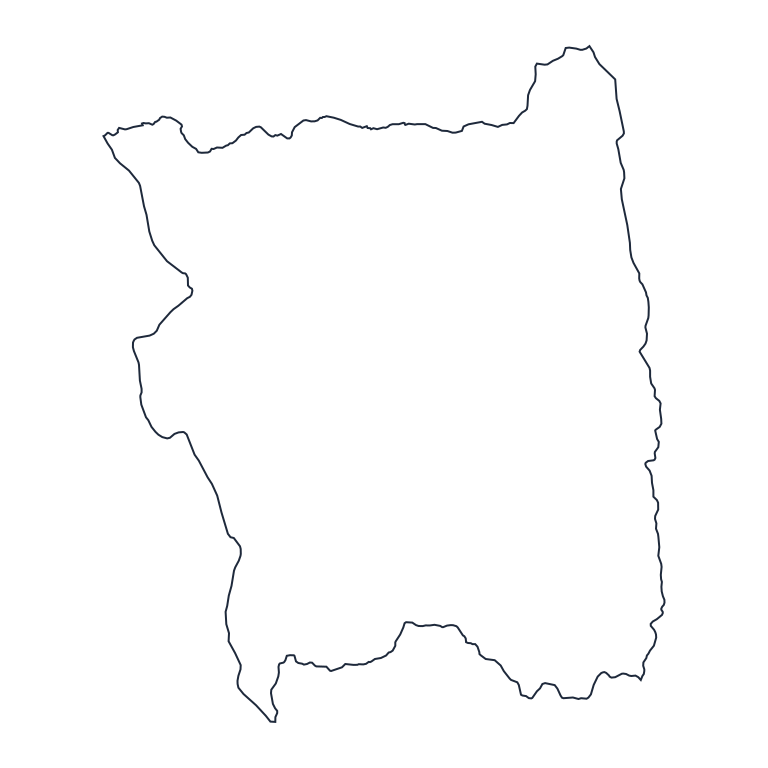 the district of Liborina, Antioquia, Colombia
{"feature_id": "7082276B40306940233950", "entity_name": "Liborina", "entity_type": "district", "adm_level": 2, "iso_a3": "COL", "parent_name": "Colombia", "parent_adm1": "Antioquia", "projection": "natural_earth1", "projection_center": [-75.777, 6.724], "detail": "fine", "context": "isolated", "style": "outline", "palette": "slate", "viewbox_px": 768, "rotation_deg": 0, "n_neighbors": 0, "source": "geoboundaries", "source_scale": "gbopen_adm2", "svg_char_len": 6091}
<svg xmlns="http://www.w3.org/2000/svg" viewBox="0 0 768 768"><path d="M238.8,560.7L235.2,567.4L234.0,570.7L231.5,585.9L228.8,595.6L227.2,605.9L225.6,611.8L226.3,624.2L229.0,633.2L228.6,641.3L235.1,653.1L240.7,665.1L240.5,669.4L238.4,675.8L237.5,680.8L237.6,684.0L238.4,687.7L243.5,694.0L256.1,705.3L265.9,715.9L270.4,721.6L275.3,721.9L275.4,717.1L277.2,713.1L277.2,711.7L277.2,710.9L275.1,708.3L272.9,703.9L271.0,693.2L271.3,689.7L275.8,683.5L278.3,676.4L278.9,672.5L278.5,666.9L279.1,664.4L279.8,663.5L283.5,662.6L284.3,661.9L285.4,660.2L286.8,655.8L290.0,655.2L293.9,655.3L294.5,655.9L296.0,661.4L298.3,663.0L302.2,663.7L303.9,664.6L307.0,664.0L309.9,662.5L312.1,662.7L314.9,665.6L316.3,666.4L326.4,666.7L330.0,670.7L331.1,671.0L342.0,667.3L345.3,664.0L353.6,664.9L357.4,664.8L358.7,664.2L363.3,664.4L366.1,663.8L368.7,661.9L370.0,662.1L371.4,661.5L374.9,659.0L380.9,658.0L386.1,655.5L388.7,652.5L390.5,652.1L392.7,650.6L395.3,645.8L395.3,642.3L395.8,641.2L400.2,634.5L403.3,627.5L404.6,623.2L406.1,622.2L412.3,622.6L416.0,625.1L418.6,626.0L422.7,626.1L425.6,625.4L429.6,625.5L434.5,624.8L440.2,625.9L442.1,627.1L443.3,627.1L447.0,625.6L450.8,625.1L453.1,625.2L456.4,626.2L457.7,627.4L462.9,635.4L464.3,636.2L465.7,638.4L466.1,642.2L468.0,643.0L470.8,643.2L472.4,644.1L475.2,644.1L477.5,646.7L479.3,652.0L479.5,654.1L480.9,655.4L485.7,659.0L494.7,660.2L500.7,665.5L503.8,671.1L509.6,678.5L511.0,679.9L517.3,682.3L518.8,685.0L521.0,694.7L522.4,695.5L526.1,696.1L528.8,698.1L531.3,698.4L532.3,697.9L536.9,691.3L540.0,688.4L542.4,684.0L545.1,683.1L554.7,685.1L557.4,688.6L560.6,695.6L562.0,697.7L563.5,698.2L572.9,697.5L578.5,699.0L581.1,698.2L586.6,698.7L588.4,697.6L590.9,694.4L593.7,684.9L597.7,676.6L601.3,673.0L603.1,672.3L604.4,672.1L606.2,672.9L609.0,675.5L609.6,676.6L611.4,677.6L615.2,677.2L621.9,673.7L623.4,673.6L626.1,674.0L629.2,675.6L631.3,676.0L635.5,675.6L638.3,677.2L640.8,680.0L642.4,676.0L643.8,674.0L644.3,671.0L644.3,669.3L643.2,665.8L643.4,662.4L646.3,658.1L646.9,655.5L648.4,653.7L650.0,650.6L653.9,645.7L656.2,637.6L656.0,634.5L655.3,632.2L654.1,629.8L650.8,625.9L650.7,623.9L652.8,621.5L656.8,619.2L662.0,614.9L662.8,613.0L662.7,611.8L661.3,609.7L661.3,608.6L662.2,606.7L663.8,604.9L664.5,602.6L664.4,599.8L662.9,596.2L661.7,591.4L661.4,586.8L661.9,581.9L661.1,579.2L660.8,574.9L661.6,566.9L661.2,563.8L658.3,555.8L659.3,547.2L658.4,537.0L658.0,533.9L656.0,528.7L656.4,523.4L655.0,518.9L655.2,516.0L658.2,509.6L658.1,502.7L656.9,500.1L653.4,496.7L653.4,490.2L652.0,482.9L651.6,475.8L649.6,470.6L646.1,466.6L645.3,464.0L645.7,462.8L648.1,461.0L653.6,460.3L654.6,459.7L655.4,458.0L654.7,453.4L654.9,451.9L658.3,447.2L658.8,441.9L657.1,439.0L655.2,430.6L655.6,429.8L659.7,426.9L661.4,423.7L661.2,419.0L659.9,409.7L660.6,403.4L659.3,400.9L655.9,398.2L654.6,396.2L655.0,389.9L654.5,388.3L651.2,383.5L650.1,376.8L650.1,370.6L649.5,367.9L639.6,351.7L640.2,349.9L643.4,346.6L645.5,343.6L646.6,340.4L647.0,333.7L645.4,327.5L645.5,325.9L648.3,318.0L648.6,315.4L648.8,307.4L648.4,301.9L647.8,297.9L646.5,295.4L646.0,292.4L642.4,284.3L640.3,282.1L639.6,280.7L639.2,278.5L639.3,273.4L633.5,262.9L631.4,257.4L630.2,250.0L629.9,242.9L627.3,225.1L621.8,199.2L620.9,189.0L624.4,178.3L624.1,172.3L623.7,169.9L620.7,162.8L618.3,149.1L616.7,143.5L616.7,141.5L617.1,140.3L622.6,135.7L623.9,133.4L623.8,131.3L619.6,111.1L616.6,98.9L615.2,79.4L599.4,64.1L595.0,57.0L593.5,52.3L589.4,46.1L586.4,48.5L582.3,49.8L580.3,49.8L576.3,48.6L569.2,47.6L565.7,48.0L563.3,55.1L562.3,56.1L558.0,58.7L552.9,60.8L547.5,64.4L544.6,64.7L536.9,63.6L535.3,66.6L535.7,74.3L535.1,81.2L530.0,89.9L528.1,95.2L527.5,105.8L526.9,109.1L525.2,110.7L522.1,112.5L519.1,115.7L513.6,123.1L509.9,123.0L507.0,124.4L502.2,124.9L497.9,126.9L491.5,125.0L484.6,123.7L482.0,121.8L468.5,124.3L463.6,126.5L461.9,130.9L455.7,132.6L452.5,132.7L447.4,131.0L441.9,130.7L435.9,128.0L433.0,127.9L425.3,124.1L417.3,124.1L414.8,124.5L408.7,123.7L405.5,124.9L404.9,124.6L404.6,123.1L403.3,122.8L398.8,124.2L392.6,124.2L389.9,125.0L387.7,126.9L385.7,127.8L383.2,127.5L377.1,129.2L373.4,128.2L371.0,129.3L370.2,128.2L367.6,128.0L366.8,126.2L362.2,127.9L360.2,126.5L358.0,126.5L349.7,124.0L340.8,119.9L333.8,117.7L326.4,116.2L324.6,117.0L322.9,117.0L321.8,118.0L320.2,117.8L317.6,120.4L314.7,121.3L311.1,121.4L306.0,120.1L303.4,120.5L294.7,127.1L292.0,132.3L291.8,135.5L290.6,137.5L289.5,138.4L287.2,138.4L281.0,134.0L277.4,135.6L275.3,135.1L273.5,136.5L271.6,136.4L268.4,134.6L260.9,127.3L259.3,126.6L256.1,126.9L253.2,128.3L248.8,132.5L246.5,133.0L244.6,134.7L241.1,135.0L238.3,137.5L235.9,140.6L232.4,143.2L229.8,143.4L227.9,145.2L226.2,145.6L222.5,147.8L217.0,147.5L213.6,149.0L211.6,148.8L210.0,151.5L207.9,152.5L201.7,152.8L198.3,152.3L196.1,148.9L192.3,146.8L188.1,142.8L185.2,139.1L183.8,135.3L181.6,133.1L181.1,131.9L180.6,128.8L182.0,126.4L181.5,124.6L176.2,120.6L170.4,117.5L166.8,117.7L164.5,116.8L162.2,116.6L160.0,118.1L159.2,119.7L156.4,121.7L155.2,121.9L153.5,124.1L152.3,124.7L148.9,123.2L145.8,123.4L143.5,123.0L142.0,123.5L142.7,125.3L133.3,127.0L126.6,129.2L125.0,129.4L119.1,127.9L117.7,130.0L117.9,132.3L115.0,134.5L113.4,135.3L112.3,135.2L108.6,132.9L107.5,132.9L105.0,135.4L103.5,136.1L107.6,143.5L111.9,149.7L114.9,157.9L120.0,163.3L129.0,170.6L138.9,182.9L140.1,185.9L144.0,206.2L146.5,214.8L149.3,231.5L152.2,240.7L154.3,245.3L167.0,261.2L181.7,272.5L183.0,273.2L185.1,273.4L186.1,274.2L187.8,277.7L188.0,285.5L189.8,287.5L191.9,288.7L192.4,290.7L191.5,294.8L189.9,296.8L187.2,298.2L178.3,305.8L173.5,309.2L170.3,312.3L159.4,324.7L156.8,330.7L153.8,333.7L149.6,335.6L137.0,337.8L134.5,339.5L133.6,341.1L133.0,342.6L132.9,347.2L133.9,351.0L138.5,362.4L139.0,364.9L139.9,380.6L141.6,388.9L141.6,392.4L140.4,395.4L140.3,397.0L141.3,404.6L146.0,417.3L148.3,420.2L151.5,426.9L155.5,431.9L158.4,434.7L162.3,437.1L167.2,438.4L169.9,437.8L174.5,433.9L178.6,432.4L183.1,432.0L184.3,432.4L186.7,434.5L194.6,454.7L198.8,460.6L207.6,477.3L211.9,483.9L217.2,495.6L221.5,512.5L227.9,533.8L230.5,537.2L233.8,538.0L240.0,546.3L240.7,549.0L240.8,553.9L240.5,555.8L238.8,560.7Z" fill="none" stroke="#1e293b" stroke-width="2"/></svg>